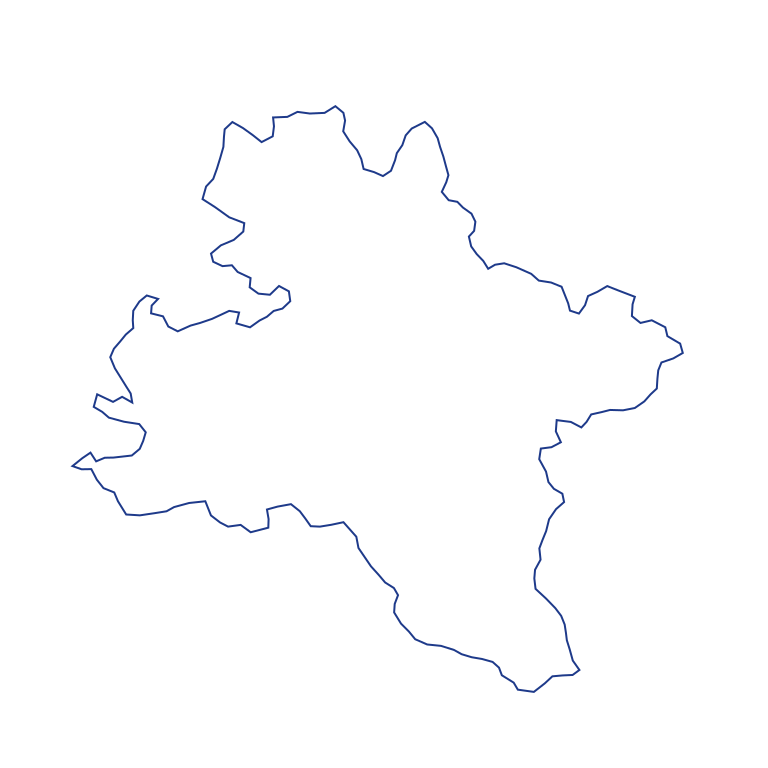 Laje do Muriaé, Rio de Janeiro, Brazil (Natural Earth projection), rotated 284°
{"feature_id": "56859067B52854744724154", "entity_name": "Laje do Muriaé", "entity_type": "district", "adm_level": 2, "iso_a3": "BRA", "parent_name": "Brazil", "parent_adm1": "Rio de Janeiro", "projection": "natural_earth1", "projection_center": [-42.133, -21.251], "detail": "fine", "context": "isolated", "style": "outline", "palette": "blue", "viewbox_px": 768, "rotation_deg": 284, "n_neighbors": 0, "source": "geoboundaries", "source_scale": "gbopen_adm2", "svg_char_len": 3166}
<svg xmlns="http://www.w3.org/2000/svg" viewBox="0 0 768 768"><g transform="rotate(284 384 384)"><path d="M153.8,642.8L161.3,634.1L171.4,628.4L179.6,623.4L186.4,620.8L194.3,617.5L201.9,612.0L208.0,604.4L215.1,593.0L221.9,580.6L231.7,576.9L240.3,575.5L251.4,578.4L262.1,574.5L270.8,575.5L280.5,576.9L292.7,576.9L304.2,581.2L313.0,587.3L320.7,583.6L323.4,574.2L328.6,567.3L338.2,562.4L348.6,552.8L359.3,551.8L363.2,561.8L370.3,569.7L379.6,562.2L390.7,560.3L392.4,574.5L389.6,586.0L396.2,589.7L404.6,592.4L409.4,602.0L413.5,609.6L416.3,622.3L421.4,633.2L430.1,640.8L438.5,645.2L445.6,649.8L455.4,648.0L463.6,646.8L472.0,648.0L478.8,658.5L486.4,666.4L494.8,661.6L499.0,647.4L507.1,643.2L510.6,628.4L505.3,618.1L509.9,608.1L521.5,605.9L529.3,606.3L531.4,589.1L533.0,576.9L525.1,568.8L518.7,560.7L509.1,560.0L499.5,556.1L500.2,546.7L506.8,543.2L521.3,532.8L522.9,521.6L521.8,509.2L526.5,500.2L529.3,484.2L530.2,471.4L526.6,462.9L521.0,457.2L527.4,450.6L532.5,442.5L538.6,435.3L547.6,430.7L554.4,434.4L563.6,433.4L570.4,427.7L574.3,417.9L578.5,411.1L578.0,402.3L584.4,393.6L594.8,395.6L602.2,396.0L609.8,391.7L619.0,386.6L627.7,381.0L635.5,376.6L643.7,368.7L648.2,360.2L638.6,349.1L630.5,344.9L620.2,344.0L611.1,340.6L603.8,340.6L592.6,339.2L585.5,332.7L587.2,323.1L587.7,312.2L596.7,307.6L604.3,301.4L611.1,292.0L619.3,283.3L630.2,282.5L637.3,279.0L641.8,269.6L632.7,260.8L628.5,246.6L627.1,234.2L619.8,225.6L615.8,211.9L607.4,214.9L597.4,216.1L589.1,206.7L593.6,196.8L598.2,185.3L601.5,173.5L592.6,167.8L585.2,168.9L575.2,170.8L563.6,170.4L552.6,169.8L541.7,168.7L532.6,163.6L519.5,163.2L514.7,177.4L508.3,193.5L506.3,209.5L497.9,210.6L487.5,203.4L479.1,192.2L468.7,184.6L461.3,188.7L459.3,198.8L462.4,207.7L457.3,214.9L454.5,228.9L445.3,230.3L441.3,240.3L443.0,251.7L453.7,258.4L450.9,269.3L441.7,273.0L432.6,267.2L428.2,259.3L420.9,254.1L415.5,247.9L406.6,240.3L407.1,226.1L418.3,226.1L417.5,216.1L411.8,209.1L405.6,201.4L398.7,190.7L393.9,182.2L385.2,171.1L387.6,160.8L396.2,153.2L396.2,140.9L403.9,139.6L411.9,144.2L412.5,132.4L404.8,126.7L394.4,123.0L385.1,124.8L377.6,127.2L369.5,121.5L361.6,117.8L352.9,113.4L343.8,111.9L334.1,119.1L325.3,128.2L318.9,134.8L313.5,140.5L305.1,144.2L308.2,133.0L301.1,125.4L304.6,108.2L291.6,107.9L288.8,117.3L284.8,125.2L284.5,140.9L285.9,156.2L279.5,164.5L270.5,164.1L262.0,162.7L253.6,156.6L250.1,147.2L247.2,139.4L244.9,130.9L239.3,123.4L246.4,115.8L239.0,109.2L229.0,101.6L228.1,111.2L230.6,120.6L221.7,128.5L215.1,137.0L213.5,148.5L205.9,154.2L195.0,165.4L197.5,178.9L203.1,192.5L207.9,203.8L213.8,210.1L221.4,223.7L227.0,239.0L214.6,247.9L210.0,258.4L207.9,267.2L212.6,279.0L207.9,290.5L216.6,306.5L225.0,304.7L233.9,300.8L239.3,310.4L244.9,322.8L240.2,333.1L234.5,340.1L228.3,347.3L230.1,356.3L234.6,366.8L240.1,378.1L229.1,394.1L218.7,398.9L203.9,415.5L197.6,424.9L191.7,433.1L188.4,443.0L182.5,448.7L173.2,447.6L164.8,449.1L155.6,458.5L149.8,468.1L143.9,476.0L141.7,488.9L143.7,502.6L142.9,516.2L140.6,524.7L140.1,535.2L140.9,545.6L140.6,556.6L136.6,564.2L129.9,568.8L125.6,582.1L119.8,587.8L121.5,603.9L132.5,612.5L141.1,618.1L144.5,628.0L147.3,637.4L153.8,642.8Z" fill="none" stroke="#1e3a8a" stroke-width="2"/></g></svg>